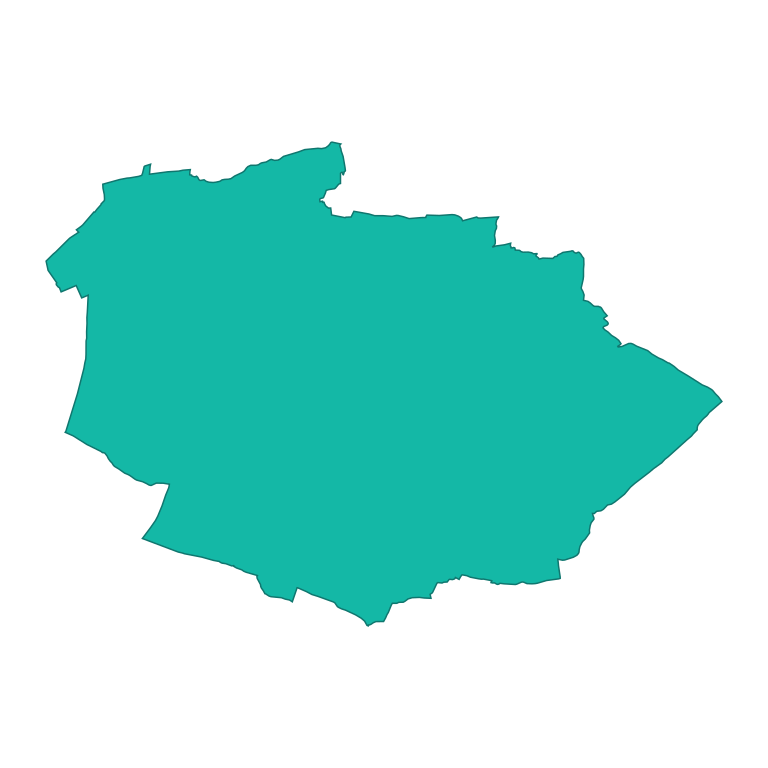 Gornet-Cricov, Prahova, Romania
{"feature_id": "2599482B42939343868004", "entity_name": "Gornet-Cricov", "entity_type": "district", "adm_level": 2, "iso_a3": "ROU", "parent_name": "Romania", "parent_adm1": "Prahova", "projection": "equal_earth", "projection_center": [26.28, 45.085], "detail": "fine", "context": "isolated", "style": "filled", "palette": "teal", "viewbox_px": 768, "rotation_deg": 0, "n_neighbors": 0, "source": "geoboundaries", "source_scale": "gbopen_adm2", "svg_char_len": 6083}
<svg xmlns="http://www.w3.org/2000/svg" viewBox="0 0 768 768"><path d="M597.3,511.2L600.2,510.9L601.3,510.6L603.5,509.2L607.5,505.0L611.5,504.1L614.9,501.9L624.5,494.2L630.4,487.2L634.9,483.3L649.1,472.4L653.6,468.6L661.7,462.8L665.0,459.2L668.1,456.8L687.0,439.8L691.5,436.0L693.2,433.9L697.2,429.8L697.2,427.9L697.7,425.7L698.8,424.0L702.4,419.7L704.1,418.0L706.7,415.8L708.2,414.0L709.1,412.6L721.9,401.5L718.3,396.7L715.4,393.8L712.6,390.4L711.5,389.5L707.5,387.1L702.2,384.9L688.9,376.4L678.3,370.1L674.2,366.5L669.2,363.1L667.8,362.8L662.6,359.7L658.4,357.9L651.8,354.0L647.7,350.6L636.7,346.2L633.0,344.1L631.0,343.4L628.7,343.5L621.9,346.5L618.2,347.0L617.8,346.3L620.4,344.5L621.0,343.7L618.7,340.3L615.5,337.8L611.7,335.5L608.0,332.0L604.9,329.9L603.1,328.0L603.1,327.4L603.9,326.5L607.0,325.2L607.9,324.4L608.2,323.5L607.9,322.6L607.3,321.8L603.8,318.8L603.8,318.3L604.1,317.9L607.2,315.8L603.7,311.7L601.5,308.1L600.5,307.1L599.3,306.9L598.7,306.4L594.3,306.3L593.0,305.5L590.2,302.9L588.0,301.4L583.5,300.3L584.1,295.0L582.8,291.3L581.5,289.0L581.2,287.9L583.1,279.6L583.5,276.5L583.5,269.0L583.9,264.5L583.7,258.3L582.3,256.6L581.0,254.4L579.4,252.6L578.6,252.2L578.0,252.3L576.0,253.2L574.2,252.4L573.2,251.1L572.1,250.8L570.5,251.3L562.9,252.4L560.7,253.7L557.9,254.9L556.9,256.4L555.0,256.5L552.8,258.4L542.9,258.1L539.3,259.0L538.8,258.9L538.6,258.0L536.0,256.0L536.0,255.2L537.1,253.9L536.9,253.6L533.6,253.8L531.6,252.7L528.3,252.1L522.9,252.2L520.7,251.4L520.1,250.7L519.3,250.3L515.3,250.1L514.9,248.0L514.4,247.7L513.6,247.5L512.5,247.9L511.0,247.8L511.0,246.9L510.3,245.5L510.7,243.2L504.5,244.8L495.9,246.0L492.3,247.2L494.6,244.8L495.2,243.5L495.3,240.3L494.5,235.5L495.1,231.7L495.3,230.6L496.4,228.5L496.6,226.5L496.6,225.9L496.0,224.6L496.0,223.2L496.6,220.0L497.5,218.9L497.7,218.1L498.2,217.8L498.5,216.9L480.7,218.1L478.1,218.0L476.7,217.0L462.6,220.8L461.6,218.6L460.7,217.6L458.5,216.2L454.9,214.9L452.1,214.6L439.3,215.5L426.9,215.1L426.0,216.5L425.8,217.5L421.2,217.6L409.1,218.6L403.6,216.8L398.2,215.5L396.5,215.4L392.1,216.4L383.3,215.7L374.7,215.7L369.0,214.0L353.9,211.3L351.1,217.0L345.8,217.2L345.2,217.7L331.6,215.0L330.7,208.0L328.5,208.1L325.7,205.9L324.4,203.5L324.1,202.3L323.6,202.1L322.7,202.3L322.5,201.2L320.0,201.7L319.7,199.7L320.2,198.6L323.0,197.9L323.5,197.5L325.4,193.1L326.2,190.4L328.7,189.6L334.6,188.7L335.5,188.0L338.5,184.4L339.2,183.9L340.5,183.5L340.5,173.3L341.8,172.3L342.1,172.3L342.7,173.1L342.9,174.5L343.4,174.7L344.1,172.6L344.1,171.8L345.2,171.1L345.4,170.6L345.0,167.4L343.1,156.4L341.2,150.9L340.9,148.9L339.9,146.3L339.8,145.5L340.1,144.7L340.8,144.0L332.0,142.1L330.9,142.5L330.5,143.0L329.7,144.3L328.2,145.9L325.9,147.6L325.1,147.9L321.6,148.6L317.9,148.3L304.7,149.6L298.5,151.9L283.5,156.4L279.9,159.2L278.0,160.1L274.6,160.4L271.2,159.4L269.9,159.9L266.2,162.0L261.9,162.8L260.4,163.4L258.6,164.7L257.5,165.0L255.9,165.3L250.7,165.3L247.9,166.6L246.3,168.2L244.5,170.8L242.4,172.4L234.7,176.0L231.0,178.6L228.4,179.2L224.6,179.4L222.0,179.9L220.3,181.1L219.1,181.5L215.8,182.2L213.1,182.5L208.9,182.2L206.1,181.3L204.1,179.8L200.8,180.4L199.9,180.4L198.9,179.6L197.8,177.4L196.6,176.2L194.9,176.9L192.0,176.1L191.6,175.1L189.7,174.8L189.9,171.5L190.3,169.6L183.0,170.2L178.7,171.1L167.7,171.8L149.5,174.2L150.1,166.5L150.6,164.2L144.9,166.0L144.2,166.5L142.6,173.1L141.7,175.4L138.5,176.4L129.7,177.9L127.1,178.1L119.8,179.5L102.8,184.2L103.0,188.3L104.3,194.6L104.5,198.6L104.4,200.5L101.1,203.9L101.0,204.7L97.0,209.2L94.7,212.2L93.9,212.0L82.8,224.9L81.2,226.3L76.4,229.8L78.7,232.2L69.9,238.0L68.7,239.1L55.7,252.0L53.2,254.1L46.1,261.1L48.1,270.4L56.8,282.9L56.3,283.5L56.3,284.7L58.2,287.0L59.5,287.8L61.1,291.9L76.2,285.5L81.7,297.9L88.2,295.2L87.3,312.5L86.9,317.5L87.0,323.6L86.6,331.7L86.7,338.2L86.1,340.9L86.0,354.6L85.8,358.8L84.8,363.1L83.9,368.4L77.4,393.9L65.9,431.2L65.2,432.3L73.1,435.8L86.9,444.5L100.9,451.4L102.4,452.6L104.1,452.8L104.8,453.1L107.1,456.0L108.4,458.7L110.2,461.2L112.0,463.0L113.3,465.1L114.5,466.4L118.7,468.9L124.6,473.1L128.2,474.6L130.0,475.6L135.0,479.2L136.7,480.1L142.6,481.7L146.6,483.6L149.0,485.0L150.5,485.4L151.3,485.4L156.3,483.1L163.2,483.2L169.4,484.2L168.9,487.1L168.6,488.1L165.7,495.1L162.1,505.7L157.8,516.1L155.5,520.5L150.7,527.4L142.4,538.5L178.1,552.0L182.7,553.1L184.3,553.7L201.8,557.1L213.5,560.4L219.4,561.5L220.2,562.3L222.0,563.1L225.8,563.7L231.8,565.9L233.6,565.6L234.3,566.4L234.0,566.5L234.6,566.9L236.6,568.0L241.7,569.8L243.9,571.3L246.3,572.3L257.0,575.4L257.4,575.6L257.0,576.1L256.9,576.6L257.2,578.4L260.5,584.6L260.7,586.3L261.3,587.9L263.4,590.9L264.9,593.7L265.5,593.8L269.1,596.1L271.0,596.7L281.4,597.7L285.2,599.1L289.5,600.0L292.3,601.8L297.1,587.7L297.7,587.8L306.4,591.6L311.9,594.5L318.0,596.4L333.5,602.0L334.9,602.9L337.4,606.6L338.4,607.3L341.4,608.8L345.4,610.1L355.5,614.8L361.2,618.2L364.6,621.1L367.0,625.4L368.2,625.9L368.4,625.0L368.9,625.1L370.8,624.4L373.5,622.6L375.9,621.6L383.6,621.5L385.6,617.9L387.0,614.6L388.3,612.5L391.2,605.3L392.3,603.3L396.5,603.3L397.6,603.0L398.5,602.4L399.7,602.3L403.3,602.2L404.9,601.3L408.1,598.9L412.2,597.7L419.3,597.4L424.3,598.0L431.0,598.3L430.1,594.3L432.0,593.1L432.7,592.2L436.9,583.3L437.8,582.6L442.1,583.0L443.8,582.2L447.2,582.0L449.0,579.6L449.8,579.3L452.4,579.6L454.1,579.1L455.0,578.5L455.4,577.5L459.1,579.4L460.7,576.5L462.1,574.8L466.9,575.7L470.4,577.2L478.6,578.8L481.5,579.2L483.5,579.1L491.4,580.6L491.9,580.9L491.1,582.0L491.0,582.6L492.7,583.0L494.5,582.9L496.8,584.2L497.8,584.4L499.0,584.0L500.0,583.3L503.9,583.8L515.3,584.5L516.7,584.2L521.3,582.2L522.5,582.0L523.7,582.2L526.9,583.6L531.9,583.8L535.2,583.6L537.4,583.2L546.6,580.5L558.5,578.9L560.2,578.4L560.2,577.1L558.5,565.8L558.3,563.3L557.8,559.2L562.5,560.2L564.7,560.0L573.4,557.2L577.0,555.2L577.7,554.1L578.3,553.8L579.0,552.1L579.2,549.8L579.9,546.6L581.7,543.0L582.7,541.5L585.3,539.0L589.6,532.9L589.4,530.1L590.2,525.5L591.2,522.7L593.9,519.2L593.9,517.9L593.0,515.5L592.5,513.4L594.3,513.5L596.5,511.5L597.3,511.2Z" fill="#14b8a6" stroke="#0f766e" stroke-width="1.5"/></svg>